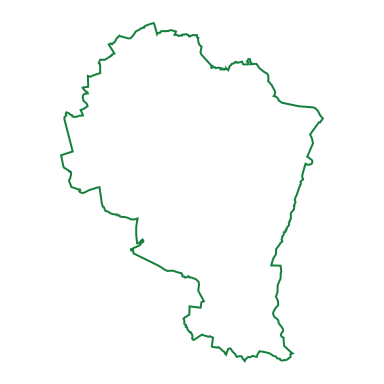 the district of Santa Catarina, Guanajuato, Mexico
{"feature_id": "50627088B8420918184239", "entity_name": "Santa Catarina", "entity_type": "district", "adm_level": 2, "iso_a3": "MEX", "parent_name": "Mexico", "parent_adm1": "Guanajuato", "projection": "orthographic", "projection_center": [-100.077, 21.141], "detail": "fine", "context": "isolated", "style": "outline", "palette": "green", "viewbox_px": 384, "rotation_deg": 0, "n_neighbors": 0, "source": "geoboundaries", "source_scale": "gbopen_adm2", "svg_char_len": 5883}
<svg xmlns="http://www.w3.org/2000/svg" viewBox="0 0 384 384"><path d="M100.2,59.7L98.7,63.1L99.4,63.8L99.9,63.9L100.2,66.3L100.2,73.1L93.4,75.3L90.3,76.8L87.9,75.9L88.2,86.8L83.3,87.4L82.6,87.8L85.0,90.8L87.5,92.4L87.8,93.5L84.9,93.7L83.8,94.3L83.0,95.5L82.7,97.9L82.9,98.7L83.3,99.5L83.4,100.7L84.6,101.7L85.0,102.3L86.5,103.4L87.6,105.9L87.6,106.2L85.2,107.9L82.4,109.4L80.6,110.0L82.5,113.9L82.9,115.5L79.3,115.7L76.7,116.7L75.5,116.9L72.6,116.7L72.3,116.3L72.2,115.3L70.4,114.7L69.1,113.5L66.5,112.3L65.8,113.4L65.9,114.8L66.3,115.3L65.2,116.6L64.5,117.0L64.5,118.3L64.3,118.8L72.7,151.5L61.1,155.2L63.2,165.7L63.8,167.5L68.1,170.2L68.7,170.7L69.1,171.5L69.5,171.6L69.8,171.2L70.1,171.3L70.4,171.5L70.9,172.1L71.1,174.8L70.6,176.1L70.2,178.5L69.6,179.0L69.5,179.5L69.2,179.8L69.1,181.0L71.4,187.0L78.5,189.4L80.0,189.5L80.2,190.0L79.3,190.7L79.3,191.5L79.8,192.0L82.0,192.9L83.9,192.8L89.8,189.8L92.3,189.2L97.0,187.6L99.5,187.2L101.8,203.2L102.7,206.6L103.4,206.6L104.0,207.5L105.2,210.6L105.8,211.1L107.3,211.4L108.7,211.9L110.0,213.1L110.9,213.5L113.9,214.3L116.0,214.6L117.1,214.4L117.4,214.8L117.5,215.4L119.4,215.4L119.8,216.4L122.3,217.0L123.8,216.9L126.7,217.5L127.9,217.9L130.7,219.2L132.0,219.5L134.3,219.4L136.5,218.9L137.5,218.5L136.2,227.0L136.2,234.7L137.1,243.3L138.9,243.1L142.4,239.5L143.2,240.4L143.3,241.8L142.2,242.3L140.6,243.8L140.3,244.9L136.0,247.1L133.7,247.9L132.4,248.8L131.0,249.2L131.2,250.5L133.2,250.3L133.5,253.4L158.1,265.5L162.0,267.8L164.2,269.4L167.5,271.0L168.6,270.8L173.0,270.7L177.9,272.4L181.4,273.2L181.4,273.8L182.4,274.7L182.4,276.2L182.6,276.6L184.2,276.5L185.0,277.6L186.3,277.4L188.4,276.2L189.0,276.8L189.2,277.5L191.0,277.4L195.6,279.1L196.7,279.9L198.6,281.9L199.0,285.0L198.2,290.7L203.9,301.3L202.5,301.6L201.4,302.2L200.6,307.7L189.6,306.4L189.3,314.7L187.1,316.0L185.8,317.0L185.2,317.2L184.4,317.8L183.8,318.5L183.5,318.6L183.7,319.3L184.3,320.3L184.3,323.8L184.7,324.4L186.0,325.0L186.0,325.5L185.6,326.7L185.9,327.0L186.5,327.2L187.1,327.2L187.1,328.3L188.0,330.0L189.3,331.8L189.5,332.0L190.0,332.0L190.4,332.5L190.8,332.3L191.3,332.9L192.5,335.9L192.4,337.5L192.1,338.4L192.5,338.7L192.6,339.2L193.2,339.7L193.6,340.0L194.8,339.3L201.8,334.7L208.6,336.8L209.7,336.2L213.0,337.7L211.8,346.5L212.8,347.0L215.4,347.3L217.4,347.7L218.5,347.0L219.5,348.0L221.5,349.4L221.8,350.0L222.3,350.5L224.6,352.1L224.8,353.0L225.1,353.7L226.1,354.7L228.1,349.0L229.0,348.6L230.0,348.4L230.7,348.6L232.4,351.4L235.0,353.9L236.6,356.8L239.5,356.2L241.4,356.3L242.0,356.8L242.6,358.7L244.8,361.0L245.2,359.6L248.3,356.9L250.2,357.3L252.4,355.9L256.7,356.9L257.6,354.2L259.5,351.3L262.2,351.6L268.2,352.9L270.4,353.8L273.1,355.7L275.8,356.5L277.2,358.4L280.0,358.8L280.2,359.8L281.5,360.5L283.8,360.4L284.5,359.9L285.5,360.2L287.7,359.3L288.4,358.4L288.9,358.3L290.6,356.9L290.5,354.1L292.6,353.4L290.9,352.2L284.2,345.9L283.6,340.9L283.6,337.6L282.0,337.0L281.0,335.6L280.9,334.8L281.2,333.8L283.0,331.2L283.2,330.1L282.2,327.7L278.7,323.2L278.3,320.4L277.0,318.9L274.6,317.1L274.2,316.6L273.2,314.4L273.1,313.1L273.3,312.2L275.0,308.8L277.1,306.2L278.1,305.6L278.2,305.0L278.0,301.1L275.9,296.5L277.5,292.2L277.7,285.1L280.6,278.4L280.7,273.6L280.9,272.3L281.3,271.8L280.6,265.7L271.2,265.4L273.2,258.7L275.9,254.3L276.2,249.0L279.5,244.7L280.6,242.7L281.8,242.1L282.4,241.2L281.8,240.3L281.6,239.6L281.7,238.8L282.4,237.7L282.1,236.6L283.7,234.8L283.8,232.3L285.2,232.1L285.7,231.5L285.4,230.4L285.7,230.0L286.4,229.8L286.8,229.1L286.5,228.6L286.7,228.0L287.5,226.9L288.6,225.8L288.7,225.3L289.1,224.8L289.0,223.9L288.8,223.4L289.4,222.3L289.2,221.8L289.4,221.4L289.8,221.1L290.1,219.9L290.9,218.9L290.8,213.2L293.9,209.3L294.4,205.8L293.9,205.6L295.5,202.2L295.2,200.9L294.7,200.3L294.7,199.9L295.1,199.1L295.5,197.2L296.5,195.6L299.6,186.4L300.1,185.8L300.1,185.0L300.9,184.0L300.5,181.9L301.3,180.8L303.1,179.5L303.1,178.8L302.5,177.9L302.2,176.7L302.4,174.7L305.2,164.7L305.6,163.7L306.9,164.6L308.7,164.8L311.5,163.9L312.0,163.4L312.4,161.6L312.2,160.6L311.4,159.6L309.7,158.5L308.3,157.2L307.2,156.8L313.0,143.3L311.9,138.4L310.1,134.4L319.0,122.2L320.0,122.5L322.9,118.5L320.2,115.4L317.9,110.9L314.9,107.9L311.8,107.2L311.6,107.3L298.5,106.2L281.8,102.7L278.6,100.4L278.5,99.4L277.0,97.4L275.4,96.5L273.8,96.0L273.9,95.9L274.5,95.7L275.2,91.9L271.6,84.9L271.0,84.4L269.1,82.0L268.1,81.2L268.4,79.7L268.4,77.0L268.0,74.9L267.1,73.6L264.2,72.0L259.4,68.1L256.5,64.0L256.2,63.8L250.6,64.2L251.3,62.8L250.2,61.5L250.0,59.2L248.4,59.1L247.1,61.3L247.4,61.3L248.3,62.5L248.2,63.6L248.4,63.9L248.2,64.4L248.5,64.6L247.4,64.3L243.6,64.5L242.8,63.9L242.1,61.6L238.1,62.7L236.6,62.6L236.7,62.3L236.4,61.9L235.4,62.0L234.8,62.3L233.9,63.3L231.7,63.9L230.9,65.2L230.1,65.7L229.3,67.0L229.1,68.4L228.5,69.0L228.2,70.1L227.1,69.2L226.4,68.5L226.5,69.0L226.3,69.2L224.2,68.8L224.0,69.6L223.6,69.5L220.6,69.4L220.7,68.9L221.4,68.5L221.5,68.3L220.1,67.9L218.0,67.7L215.5,68.1L215.2,67.9L214.9,67.3L213.9,67.1L211.3,67.8L211.2,67.1L212.0,65.9L211.6,65.9L201.2,54.3L200.5,52.4L201.5,47.0L201.5,46.5L200.9,46.3L199.2,44.3L198.4,42.0L198.0,39.1L198.3,37.9L197.5,37.7L197.1,37.2L197.0,35.3L196.7,34.9L195.4,35.4L193.6,34.9L190.2,36.0L190.0,36.5L188.9,36.2L188.3,34.9L187.1,34.8L186.1,34.1L184.6,34.5L182.7,34.6L182.0,35.7L181.1,35.5L180.9,35.2L178.7,36.0L177.0,34.9L174.6,34.9L176.0,31.5L171.0,30.1L167.7,31.1L167.3,30.9L166.5,31.2L161.4,31.1L160.8,32.0L160.3,32.2L160.0,32.8L159.6,32.9L158.9,32.7L157.9,33.1L157.1,34.3L154.3,24.3L153.6,23.0L149.1,24.4L146.4,25.4L144.6,26.3L143.8,27.0L144.1,27.6L141.5,28.2L139.4,29.6L135.6,31.6L135.3,32.3L133.6,34.9L132.0,36.8L130.2,38.4L128.0,38.3L119.5,36.0L119.4,35.8L117.4,37.8L116.8,38.1L115.1,41.5L114.4,42.2L113.9,42.4L112.1,44.3L111.6,44.1L110.9,43.5L109.8,43.8L109.5,44.3L108.8,44.5L114.4,53.5L112.8,54.2L111.3,55.2L111.6,55.6L104.8,59.8L100.2,59.7Z" fill="none" stroke="#15803d" stroke-width="2"/></svg>